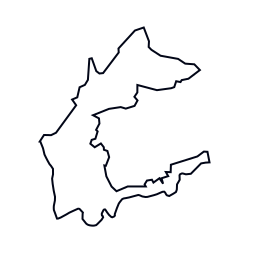 the district of Debar, Debar, North Macedonia, rotated 278°
{"feature_id": "65306769B94389460478239", "entity_name": "Debar", "entity_type": "district", "adm_level": 2, "iso_a3": "MKD", "parent_name": "North Macedonia", "parent_adm1": "Debar", "projection": "orthographic", "projection_center": [20.543, 41.495], "detail": "fine", "context": "isolated", "style": "outline", "palette": "ink", "viewbox_px": 256, "rotation_deg": 278, "n_neighbors": 0, "source": "geoboundaries", "source_scale": "gbopen_adm2", "svg_char_len": 2186}
<svg xmlns="http://www.w3.org/2000/svg" viewBox="0 0 256 256"><g transform="rotate(278 128 128)"><path d="M229.7,129.6L225.5,121.3L205.4,107.5L201.5,108.3L178.9,95.7L178.0,92.1L179.9,88.7L192.0,82.4L191.1,80.1L170.1,81.6L164.7,79.3L161.6,74.4L151.3,73.5L148.4,68.7L143.3,73.5L113.3,57.4L110.2,52.8L109.4,45.8L102.3,42.5L102.3,43.1L96.4,46.5L95.5,46.9L90.1,49.0L87.0,51.1L84.2,53.1L81.2,55.4L79.9,56.9L77.1,59.4L71.7,60.2L67.3,59.9L62.1,61.2L55.5,63.2L49.7,65.3L46.0,65.7L40.6,65.4L39.4,65.5L38.5,65.6L36.5,66.0L33.2,67.8L28.4,70.3L28.6,71.4L29.0,72.1L29.9,73.7L33.9,79.1L36.0,81.7L38.2,85.1L41.1,89.7L41.2,90.8L41.0,91.4L38.0,95.1L36.8,95.0L31.6,95.6L27.5,99.9L26.8,101.2L26.5,102.2L26.3,103.7L26.3,105.3L26.4,106.9L26.7,108.2L27.4,110.0L28.7,111.1L33.4,114.6L36.1,115.8L37.3,115.2L37.7,114.4L39.1,114.0L39.8,114.0L43.2,115.1L43.8,115.5L44.2,116.5L43.9,117.0L41.6,119.0L39.3,121.3L37.6,123.8L37.4,124.8L38.4,126.5L39.4,127.2L40.9,126.9L47.2,128.2L51.9,129.4L53.3,130.1L55.7,131.5L56.6,132.0L57.1,132.7L57.4,133.1L57.8,134.0L58.1,135.1L59.4,138.8L61.7,144.2L63.1,147.5L63.0,148.7L62.8,149.6L62.6,150.3L62.4,150.9L62.2,151.9L62.1,155.0L62.5,156.9L65.0,162.8L66.4,165.8L68.7,169.5L69.6,171.0L70.0,172.7L69.3,173.7L67.3,175.2L66.7,176.1L66.4,178.3L69.4,182.2L71.3,184.4L73.2,184.8L74.0,184.9L79.0,184.4L81.4,185.4L83.9,186.4L88.4,185.6L89.4,186.0L90.5,187.7L90.6,188.5L90.2,191.8L91.4,196.6L103.1,205.3L103.4,206.2L104.2,208.7L104.5,209.6L105.3,213.5L115.5,210.0L115.2,206.4L109.5,200.7L97.6,175.6L90.2,176.4L89.7,171.6L85.9,174.5L82.9,168.2L77.7,170.5L82.6,166.1L77.5,160.8L80.1,158.9L78.6,154.1L74.5,152.3L72.6,153.7L70.1,135.9L63.8,125.4L67.7,119.9L77.1,113.3L87.6,109.8L87.5,111.3L96.5,113.4L102.4,110.8L103.1,107.2L105.6,106.7L108.9,103.3L104.3,97.7L107.2,92.9L111.2,93.7L112.8,97.2L120.4,98.4L121.7,96.7L128.4,99.1L133.5,97.9L135.8,91.6L144.3,106.5L147.7,117.9L146.9,123.1L150.8,131.4L156.6,133.6L159.8,130.0L164.5,132.3L171.9,131.3L169.5,151.4L173.4,165.2L174.9,168.1L181.0,169.2L180.8,173.6L182.9,174.5L185.2,181.0L195.4,191.1L200.3,184.8L199.7,175.7L203.4,168.0L204.1,150.2L208.7,140.3L211.1,137.2L216.8,136.7L229.7,129.6Z" fill="none" stroke="#020617" stroke-width="2"/></g></svg>